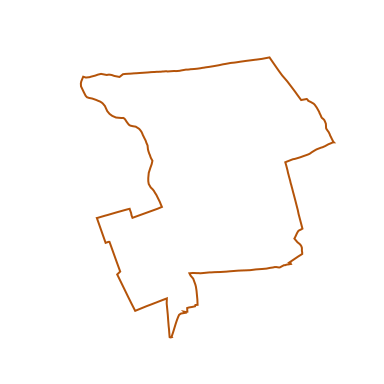 Persinari, Dâmbovita, Romania (Equal Earth projection), rotated 191°
{"feature_id": "2599482B61743752666633", "entity_name": "Persinari", "entity_type": "district", "adm_level": 2, "iso_a3": "ROU", "parent_name": "Romania", "parent_adm1": "Dâmbovita", "projection": "equal_earth", "projection_center": [25.49, 44.799], "detail": "fine", "context": "isolated", "style": "outline", "palette": "amber", "viewbox_px": 384, "rotation_deg": 191, "n_neighbors": 0, "source": "geoboundaries", "source_scale": "gbopen_adm2", "svg_char_len": 4933}
<svg xmlns="http://www.w3.org/2000/svg" viewBox="0 0 384 384"><g transform="rotate(191 192 192)"><path d="M320.8,284.4L321.8,279.4L321.8,277.3L321.1,274.5L319.0,271.7L317.3,269.4L316.2,268.0L314.8,266.2L313.2,265.0L311.1,264.7L309.4,264.7L307.8,264.7L303.7,264.1L301.5,263.6L299.7,263.3L297.8,262.6L296.5,261.9L293.9,259.8L292.7,258.1L290.6,255.2L287.8,252.9L284.8,251.5L280.8,250.6L276.9,251.0L275.1,251.2L273.6,251.6L272.5,251.2L271.5,250.5L269.7,248.6L268.2,247.2L266.8,246.0L265.3,245.4L262.7,245.3L259.7,245.4L255.9,243.9L254.2,242.5L252.9,241.2L251.9,239.8L251.1,238.5L250.3,237.5L249.1,235.9L247.3,233.6L246.1,231.5L244.5,229.2L244.0,227.5L243.4,225.5L242.6,223.8L241.3,221.5L240.3,220.1L239.5,218.6L238.7,217.4L236.8,215.1L236.9,211.6L237.5,207.7L238.1,202.6L237.9,200.5L237.6,197.4L237.0,194.3L236.0,191.6L233.4,188.6L231.1,187.1L229.7,185.9L228.3,184.3L226.4,182.3L221.6,176.0L220.4,174.1L218.7,171.6L222.6,169.0L238.0,159.8L245.5,155.3L246.9,157.5L247.5,159.0L247.8,159.8L249.2,162.1L249.8,163.2L249.9,163.4L250.0,163.6L252.4,162.5L256.2,160.6L260.0,158.7L261.6,157.9L265.1,156.1L270.7,153.2L273.0,152.1L274.7,151.2L275.3,150.9L280.1,148.4L280.4,148.3L271.5,133.1L267.1,125.6L264.5,127.1L263.5,127.3L262.4,125.5L252.3,108.5L247.3,100.2L249.7,96.8L238.9,82.5L235.3,77.7L230.1,70.9L225.1,64.5L214.9,71.2L210.5,73.9L196.4,82.8L195.8,79.1L195.6,77.8L193.3,70.1L192.3,66.7L190.9,61.5L189.3,55.8L188.3,52.6L187.5,49.6L186.6,46.4L186.3,45.3L185.7,45.1L185.1,45.2L184.1,45.7L184.4,46.0L183.8,50.5L182.8,60.0L182.3,63.7L181.7,67.0L181.2,69.0L179.6,70.6L175.6,72.1L177.0,73.0L175.3,73.0L173.7,73.6L174.4,76.3L174.6,77.2L172.9,78.1L169.9,79.2L167.2,80.4L167.1,81.7L165.0,82.3L166.2,87.4L168.7,95.9L170.1,99.8L171.0,101.7L174.3,107.2L177.4,109.6L179.0,111.7L175.7,112.7L171.7,113.3L169.4,113.7L168.3,113.8L165.9,114.5L162.9,115.4L159.9,116.3L157.6,116.8L154.6,117.6L152.4,118.1L150.6,118.5L149.2,118.8L143.0,120.4L140.0,121.3L131.7,123.6L128.0,124.5L124.5,125.3L119.9,126.4L117.2,127.3L114.5,128.2L108.5,129.8L104.3,131.0L100.7,132.5L98.0,133.4L96.5,134.1L95.1,134.4L92.2,134.5L91.8,134.6L91.3,134.8L89.5,136.3L87.9,137.6L87.7,137.7L86.7,137.9L85.7,138.5L84.7,139.0L83.9,139.2L82.3,139.8L81.9,140.0L81.3,140.2L81.4,140.3L81.6,141.0L83.1,141.3L81.5,142.9L81.3,143.1L78.8,145.6L75.4,149.0L74.1,150.2L72.6,151.6L72.0,152.2L72.3,153.7L72.9,155.2L73.3,157.3L73.5,158.2L74.3,159.6L75.1,160.5L76.4,161.5L78.9,162.8L82.6,165.8L82.2,167.1L81.8,168.6L81.1,171.5L80.6,173.0L80.2,174.0L79.8,174.5L79.2,175.0L78.1,175.8L76.6,177.1L83.2,190.8L84.4,193.7L84.5,194.0L86.5,198.2L89.0,203.5L90.4,206.4L91.7,209.1L92.7,211.1L94.3,214.5L95.2,216.3L95.8,217.6L96.5,218.9L96.6,219.1L97.3,220.6L97.8,221.8L99.9,226.0L100.3,226.9L101.4,229.1L101.6,229.6L102.4,231.5L103.3,233.4L104.6,236.1L106.1,239.0L104.6,240.0L103.0,241.0L100.5,242.6L99.2,243.4L98.5,243.7L97.9,243.9L97.6,244.0L97.4,244.1L96.8,244.4L94.5,245.6L92.8,246.5L91.4,247.3L90.1,248.1L89.1,248.7L87.2,249.8L85.5,250.8L83.9,251.9L83.0,252.8L82.3,253.6L80.7,255.1L79.6,256.1L78.8,256.8L78.0,257.5L77.4,257.9L75.0,259.4L73.9,260.1L73.1,260.5L72.3,260.9L71.2,261.7L70.3,262.3L69.8,262.7L69.1,263.3L68.5,263.8L67.7,264.5L66.9,265.1L65.6,265.9L63.6,267.3L63.1,267.6L62.2,267.8L62.9,268.3L65.4,271.5L66.0,272.4L66.5,272.9L66.9,273.5L67.3,274.0L67.6,274.6L68.0,275.2L68.4,275.7L69.2,276.8L70.3,277.8L70.9,278.4L71.7,279.2L72.2,279.7L72.5,280.2L72.7,280.8L73.0,282.1L73.3,283.3L73.5,284.1L73.7,284.7L74.0,285.1L74.6,286.1L75.1,286.8L75.6,287.5L75.9,287.9L76.3,288.2L76.9,288.6L77.4,288.9L77.8,289.1L78.4,289.4L78.7,289.6L79.1,290.0L79.4,290.4L79.6,290.7L79.9,291.2L80.6,292.2L81.3,293.1L81.6,293.5L81.8,293.7L81.9,294.0L82.0,294.1L82.2,294.4L82.4,294.8L82.8,295.3L85.6,298.6L88.1,301.0L89.4,301.9L92.6,303.0L95.3,303.7L96.0,304.5L97.1,305.2L102.4,303.1L103.5,304.1L107.5,307.8L109.7,309.9L113.9,313.7L115.7,315.3L119.5,318.7L122.9,321.4L125.7,323.6L126.9,324.7L129.7,327.3L132.3,329.8L136.2,333.6L140.6,337.9L141.6,338.9L148.8,336.0L154.5,334.1L154.9,334.0L159.4,332.5L164.3,330.9L169.5,329.1L172.5,328.0L175.1,327.1L178.2,326.2L179.6,325.7L180.3,325.4L183.6,324.1L186.1,323.2L189.7,321.6L191.8,320.8L195.2,319.5L199.3,318.0L202.3,317.0L203.3,316.6L203.5,316.5L205.6,315.8L207.3,315.1L210.2,314.1L212.5,313.4L215.4,312.6L216.7,312.3L218.0,311.8L219.6,311.3L221.3,311.0L222.8,310.4L225.7,309.3L227.3,308.6L229.7,307.9L230.6,307.7L232.9,307.3L238.8,305.7L239.2,305.6L239.8,305.7L240.3,305.6L241.2,305.4L242.5,305.0L243.8,304.7L245.3,304.2L246.6,303.9L248.3,303.5L249.8,303.2L251.1,302.8L251.9,302.6L252.8,302.4L254.9,301.9L257.9,301.0L259.4,300.6L261.3,300.1L263.9,299.4L265.5,299.0L269.1,298.0L271.6,297.4L274.7,296.5L278.0,295.7L279.9,295.2L281.5,294.7L282.3,294.4L283.3,293.2L284.5,291.8L285.1,291.1L290.4,291.1L293.0,291.5L294.3,291.5L295.9,291.4L298.1,290.6L303.8,290.6L306.7,289.3L309.2,287.8L313.4,285.8L314.4,285.2L318.0,284.1L320.8,284.4Z" fill="none" stroke="#b45309" stroke-width="2"/></g></svg>